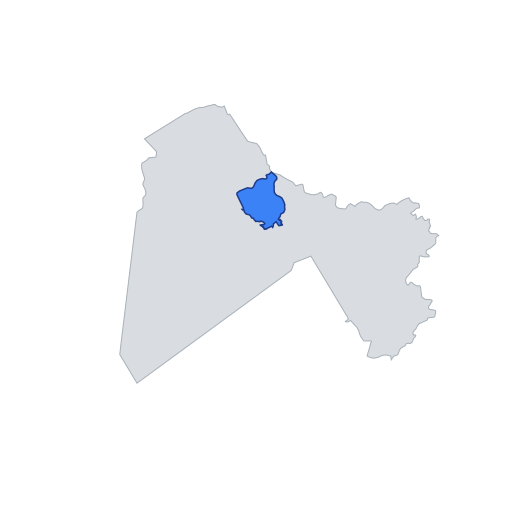 location of Gourma-Rharous, Timbuktu, Mali, rotated 239°
{"feature_id": "8926073B81360088660364", "entity_name": "Gourma-Rharous", "entity_type": "district", "adm_level": 2, "iso_a3": "MLI", "parent_name": "Mali", "parent_adm1": "Timbuktu", "projection": "natural_earth1", "projection_center": [-2.501, 16.02], "detail": "fine", "context": "in_parent", "style": "filled", "palette": "blue", "viewbox_px": 512, "rotation_deg": 239, "n_neighbors": 0, "source": "geoboundaries", "source_scale": "gbopen_adm2", "svg_char_len": 6130}
<svg xmlns="http://www.w3.org/2000/svg" viewBox="0 0 512 512"><g transform="rotate(239 256 256)"><path d="M114.0,372.6L114.2,371.0L112.9,369.8L112.9,369.2L113.6,364.3L113.6,363.0L114.1,360.5L113.3,359.4L113.1,358.6L111.1,355.4L110.5,352.7L109.5,350.9L107.1,350.3L106.3,351.9L105.7,352.1L104.8,351.0L104.5,350.1L104.5,349.2L101.5,345.0L101.7,342.7L102.9,341.5L103.4,339.5L102.2,337.3L102.4,335.1L102.3,332.1L100.5,329.4L99.4,328.2L98.4,326.4L99.2,322.1L97.4,318.5L100.8,319.9L102.4,318.6L104.0,316.7L105.3,314.3L106.0,311.3L106.2,308.7L107.6,304.6L109.2,302.6L112.6,299.8L113.5,300.1L118.9,306.1L122.0,309.2L123.1,310.8L124.1,310.8L125.7,307.8L127.3,305.3L128.0,304.6L133.5,304.3L136.4,304.8L138.9,305.5L142.5,305.8L152.0,303.8L152.2,302.6L152.1,301.2L152.5,300.1L153.3,299.1L153.9,298.9L154.2,302.3L155.0,302.8L157.2,303.0L227.6,303.0L230.6,285.3L225.5,278.8L208.3,88.5L241.7,88.5L247.4,92.8L354.8,176.5L355.4,179.2L355.3,182.9L356.1,184.0L357.6,185.3L363.8,188.8L364.3,189.5L364.5,191.0L365.2,192.8L366.5,193.9L368.0,194.7L369.9,195.2L375.4,195.8L376.6,196.6L379.0,199.9L380.3,200.6L387.8,202.4L390.2,203.3L392.9,204.8L394.3,206.1L394.3,211.3L395.3,214.7L395.3,215.5L394.1,216.9L393.9,217.9L392.5,220.6L392.8,221.6L395.4,223.7L396.7,224.2L398.2,224.2L413.9,220.7L414.6,269.2L414.0,269.9L413.6,278.5L412.5,283.6L410.5,287.3L409.3,292.9L408.5,294.0L407.9,297.2L406.8,299.0L404.7,299.7L401.1,303.3L400.9,306.1L392.3,304.5L391.7,304.6L391.4,305.0L391.2,306.5L369.3,307.4L358.5,308.0L351.8,314.6L347.4,315.2L341.9,314.6L339.1,314.6L338.0,315.0L337.7,316.2L329.0,312.8L325.8,313.9L325.2,313.5L324.8,312.8L323.2,312.4L320.7,312.6L318.9,313.1L313.4,318.2L310.4,319.6L304.9,322.6L301.0,325.3L299.6,325.8L297.4,325.9L295.6,326.4L294.0,332.3L292.9,332.9L286.3,330.5L285.0,330.9L283.8,331.6L280.1,335.0L278.3,337.8L277.3,341.5L277.5,343.9L276.8,344.6L275.1,344.8L272.0,344.1L271.1,344.4L270.7,346.2L270.7,350.2L270.0,352.9L268.2,353.7L266.8,354.8L265.7,355.1L264.8,354.9L259.4,350.8L257.6,350.2L255.6,350.6L253.7,352.3L250.3,356.6L250.6,358.1L251.6,359.8L252.2,362.0L252.2,363.9L247.3,366.6L248.4,368.7L248.3,374.2L246.0,376.7L245.2,378.3L243.1,380.0L241.2,381.0L235.2,382.5L232.8,384.2L231.7,385.6L231.4,387.1L231.6,388.9L232.8,392.5L232.4,395.8L231.4,399.6L230.5,401.3L227.7,403.3L228.2,405.8L228.4,409.4L227.9,414.1L227.1,417.2L226.4,416.9L223.8,417.0L220.9,418.0L219.9,418.8L219.6,419.9L217.2,422.4L215.6,422.2L214.0,421.5L213.2,420.9L213.2,420.5L214.1,418.5L214.2,417.8L213.2,414.2L213.4,413.3L213.0,410.6L212.8,410.5L209.6,411.7L209.5,412.2L210.0,413.9L209.7,414.2L208.5,414.1L206.9,413.6L205.2,412.0L204.8,412.5L204.6,413.8L204.5,415.2L204.9,417.9L204.4,418.9L201.7,418.7L199.5,419.1L198.9,420.0L198.7,421.1L199.2,422.3L199.1,422.8L198.2,423.5L197.7,423.5L196.5,422.2L191.5,420.9L191.1,419.1L190.5,419.1L188.9,416.9L188.2,416.9L187.7,417.3L185.7,417.2L184.0,419.1L182.8,421.4L181.4,422.6L179.3,423.1L179.7,421.6L179.0,419.5L174.7,416.9L174.0,415.8L173.0,409.9L173.0,408.2L173.3,406.6L173.2,405.4L172.7,404.5L171.4,403.6L170.1,403.2L168.4,404.3L167.5,404.6L166.8,404.5L166.4,404.1L166.4,403.5L168.3,400.3L169.2,399.0L171.1,397.4L171.6,396.6L171.6,396.0L171.4,395.6L170.2,395.0L168.3,393.5L167.3,393.3L166.5,392.7L165.6,390.4L165.2,389.9L164.3,389.7L163.5,389.1L163.6,383.5L161.8,379.3L160.1,374.0L159.3,372.7L157.8,371.6L156.0,370.9L154.4,370.7L152.5,371.3L152.5,371.8L153.6,373.5L153.7,374.5L153.6,375.4L153.2,376.0L150.7,376.6L147.4,378.5L146.3,380.8L145.5,381.1L144.2,380.8L135.5,377.0L131.8,378.6L129.4,382.0L128.8,383.1L127.7,384.0L127.1,384.0L126.4,383.4L123.9,378.3L122.8,377.1L121.4,377.1L120.2,377.9L119.0,379.6L117.4,381.2L116.5,381.7L115.6,381.4L112.0,378.0L111.8,377.3L113.5,373.3L114.0,372.6Z" fill="#d9dde1" stroke="#a8b0b8" stroke-width="1"/><path d="M303.1,268.1L302.4,268.2L302.0,269.2L301.5,269.4L301.1,269.3L300.7,268.9L299.0,268.8L298.1,269.0L296.9,269.3L296.6,269.6L294.5,271.7L293.5,271.9L292.0,271.9L291.4,272.0L291.0,271.9L290.6,272.0L290.4,272.8L289.8,273.1L289.3,273.2L288.6,273.2L288.2,273.1L287.6,273.2L287.0,273.5L286.6,273.6L286.2,273.5L285.8,273.5L285.0,275.0L284.9,275.2L284.3,275.9L283.5,276.6L283.4,277.1L283.7,277.7L282.0,279.4L280.0,280.3L279.1,280.1L279.0,279.4L279.1,278.6L279.5,277.9L280.2,276.1L280.3,275.6L280.2,275.6L280.1,275.8L279.8,275.9L279.7,275.8L279.4,275.9L279.4,276.0L279.5,276.1L279.4,276.2L279.4,276.3L279.2,276.4L278.9,276.3L278.7,276.2L278.6,276.3L278.4,276.5L278.2,276.6L278.1,276.9L277.9,277.1L277.7,277.3L277.6,277.1L277.4,276.9L277.1,276.7L276.8,276.8L276.6,276.9L276.4,277.1L276.2,277.2L276.0,277.3L275.9,277.3L275.8,277.1L275.7,277.0L275.3,276.9L275.1,277.0L274.8,277.0L274.6,277.0L274.5,277.4L274.4,277.6L274.2,277.8L274.3,277.9L274.1,278.0L273.9,278.2L273.8,278.4L273.8,278.6L273.9,278.8L274.0,279.1L274.0,279.3L273.9,279.7L273.7,279.9L273.9,280.3L273.9,280.6L273.9,280.9L273.9,281.2L273.8,281.4L273.7,281.6L273.5,284.8L271.9,285.0L272.0,285.2L272.2,285.4L272.4,285.5L272.5,285.8L272.6,286.1L274.6,287.6L275.0,291.0L272.1,291.0L270.3,291.3L270.1,291.3L269.3,293.6L269.0,294.2L269.1,294.6L269.5,294.7L270.2,294.6L270.2,294.2L270.4,293.9L270.6,294.0L270.8,294.2L270.9,294.5L271.2,294.8L271.4,294.8L271.5,294.9L271.9,294.8L272.1,294.8L272.3,295.0L272.3,295.4L272.2,295.5L272.3,295.7L272.7,295.7L273.9,295.6L274.0,295.4L274.0,295.1L274.0,294.8L274.3,294.7L274.5,294.9L274.6,295.3L274.9,295.4L275.1,295.0L275.2,294.6L275.5,294.3L275.7,294.0L276.1,294.1L276.3,294.6L276.7,294.9L276.8,295.6L277.1,296.3L277.4,296.9L278.0,297.6L278.8,298.2L279.3,299.2L279.0,301.1L279.3,302.6L281.1,304.8L283.6,305.9L284.9,307.0L286.4,307.4L289.2,307.9L292.5,308.0L294.9,306.8L296.9,305.2L298.6,304.6L301.1,304.5L304.7,306.3L306.7,307.7L308.4,308.3L310.2,310.2L311.2,313.4L312.8,314.3L314.8,314.2L319.2,312.7L319.3,312.7L319.7,312.4L319.8,312.4L320.1,312.4L319.3,309.2L320.0,307.5L319.9,306.3L318.0,306.0L317.1,305.2L317.0,303.8L319.0,301.5L319.9,298.7L320.2,295.7L319.0,292.7L316.8,289.9L316.1,287.3L318.9,283.6L319.6,279.0L319.8,277.9L320.2,275.1L319.8,272.2L318.6,271.3L315.7,271.0L312.4,270.7L303.5,269.9L302.7,268.8L303.1,268.1Z" fill="#3b82f6" stroke="#1e3a8a" stroke-width="1.5"/></g></svg>